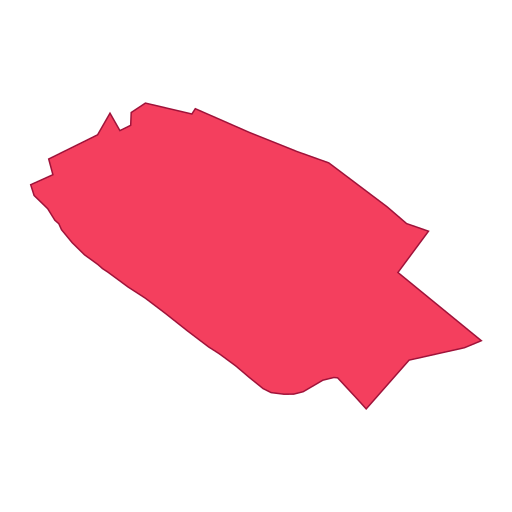 Alat, Bukhoro, Uzbekistan (Mercator projection)
{"feature_id": "79887680B15595975584782", "entity_name": "Alat", "entity_type": "district", "adm_level": 2, "iso_a3": "UZB", "parent_name": "Uzbekistan", "parent_adm1": "Bukhoro", "projection": "mercator", "projection_center": [64.051, 39.204], "detail": "fine", "context": "isolated", "style": "filled", "palette": "rose", "viewbox_px": 512, "rotation_deg": 0, "n_neighbors": 0, "source": "geoboundaries", "source_scale": "gbopen_adm2", "svg_char_len": 732}
<svg xmlns="http://www.w3.org/2000/svg" viewBox="0 0 512 512"><path d="M195.3,108.7L191.9,114.0L145.4,103.1L131.2,112.5L130.7,125.3L119.9,130.6L110.0,113.2L97.6,134.8L48.7,159.0L52.9,174.7L30.7,184.7L34.1,195.5L47.7,208.7L54.9,220.3L58.8,223.7L61.5,229.7L72.2,242.7L84.5,254.8L98.0,264.6L102.5,268.6L107.7,272.0L128.2,287.1L145.2,298.1L165.1,313.2L187.6,331.0L208.7,347.0L218.9,353.5L235.6,365.8L249.0,377.2L263.1,388.6L271.1,392.6L284.0,394.2L293.8,394.1L303.2,391.7L322.8,380.2L333.8,377.5L337.6,377.8L351.6,392.9L354.6,396.1L366.2,408.9L409.1,360.1L464.5,347.7L481.3,340.7L397.9,272.5L428.5,231.2L406.6,223.6L387.2,206.9L328.8,162.9L296.9,151.5L249.3,132.4L195.3,108.7Z" fill="#f43f5e" stroke="#9f1239" stroke-width="1.5"/></svg>